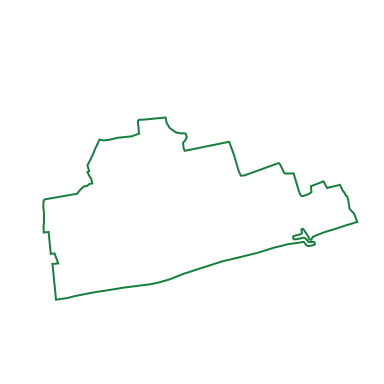 San José, Escuintla, Guatemala, rotated 348°
{"feature_id": "79465075B23443659204690", "entity_name": "San José", "entity_type": "district", "adm_level": 2, "iso_a3": "GTM", "parent_name": "Guatemala", "parent_adm1": "Escuintla", "projection": "mercator", "projection_center": [-90.841, 13.971], "detail": "fine", "context": "isolated", "style": "outline", "palette": "green", "viewbox_px": 384, "rotation_deg": 348, "n_neighbors": 0, "source": "geoboundaries", "source_scale": "gbopen_adm2", "svg_char_len": 2436}
<svg xmlns="http://www.w3.org/2000/svg" viewBox="0 0 384 384"><g transform="rotate(348 192 192)"><path d="M338.3,215.8L325.0,216.1L324.7,215.1L323.0,209.2L322.2,208.8L321.4,209.2L309.5,211.1L309.4,212.1L308.8,216.9L305.8,218.3L300.4,219.0L298.7,218.9L297.6,217.9L296.7,213.3L295.3,195.0L294.6,194.8L287.7,193.5L286.3,192.9L286.0,191.9L284.1,184.1L283.3,182.1L282.5,181.7L246.7,186.7L243.1,186.1L242.9,185.3L242.8,184.5L242.1,181.8L240.7,164.0L239.2,153.6L239.0,151.9L238.8,150.6L193.5,150.2L192.9,147.3L193.5,141.9L195.8,140.4L198.2,137.4L198.1,134.1L196.8,132.9L194.0,132.6L190.9,131.2L189.6,131.0L187.9,129.6L183.5,124.8L181.6,119.4L181.6,113.6L162.5,111.5L155.1,110.4L153.8,111.4L152.3,123.9L144.5,125.0L130.5,123.5L121.1,123.7L116.1,123.1L112.3,121.6L109.3,125.7L106.3,129.6L102.9,134.7L99.8,138.6L95.3,144.2L95.7,150.3L93.9,150.7L94.6,153.8L96.1,158.1L96.3,162.9L93.1,162.9L90.6,164.2L87.0,164.1L81.5,167.8L80.1,169.4L78.7,169.8L46.3,168.6L45.0,169.8L43.5,175.4L42.7,182.7L40.5,192.6L39.8,193.8L38.6,200.8L43.4,201.3L41.0,223.1L44.8,223.6L46.3,234.1L41.2,233.4L40.5,233.3L40.3,235.7L36.6,269.1L48.4,269.8L55.4,269.5L66.9,269.6L78.3,269.9L87.7,270.5L97.7,271.0L105.4,271.3L117.9,272.4L128.1,273.2L132.5,273.6L139.1,273.6L140.2,273.6L140.9,273.6L146.2,273.2L152.0,272.8L165.8,270.4L177.0,269.2L186.6,268.2L204.5,266.4L205.9,266.2L228.3,265.6L233.8,265.4L242.4,265.2L260.8,263.5L267.2,263.3L274.1,263.0L275.8,263.1L287.9,263.9L289.4,263.9L290.5,263.9L291.3,264.6L291.7,265.3L292.0,266.0L292.4,267.0L293.4,268.4L293.9,268.8L294.7,269.1L296.0,269.2L298.3,269.2L299.7,269.2L301.2,268.9L301.5,268.1L301.3,267.0L301.0,266.2L300.2,265.9L299.4,265.8L298.4,265.7L297.0,265.6L296.3,265.4L295.7,265.1L295.3,264.5L294.9,263.8L293.5,261.3L292.7,260.2L291.9,260.0L284.4,259.9L283.3,259.8L282.5,259.7L281.7,259.2L281.4,258.1L281.5,256.9L282.0,256.4L282.9,256.2L283.8,256.1L284.6,256.1L286.6,256.1L288.2,256.0L289.0,255.9L289.8,255.8L290.5,255.6L291.2,254.7L291.2,254.1L291.1,252.8L291.1,251.8L291.4,251.2L292.4,251.0L293.0,251.3L293.4,252.0L294.7,255.2L295.7,257.9L296.3,259.3L296.7,260.6L296.5,261.8L296.9,262.4L297.4,262.8L298.3,263.6L299.2,263.0L299.6,262.4L300.0,261.9L300.8,261.1L301.4,260.9L303.5,260.4L312.9,258.9L317.9,258.4L325.5,257.8L333.8,256.8L340.2,256.3L345.9,255.7L347.4,255.6L346.1,247.1L342.6,241.1L343.2,231.6L342.7,228.4L341.7,227.4L340.9,224.0L339.9,222.9L338.3,215.8Z" fill="none" stroke="#15803d" stroke-width="2"/></g></svg>